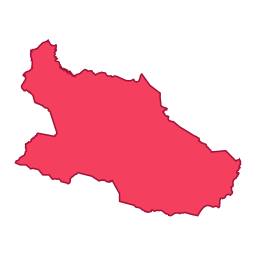 Yoro, Yoro, Honduras
{"feature_id": "27666195B27527118551469", "entity_name": "Yoro", "entity_type": "district", "adm_level": 2, "iso_a3": "HND", "parent_name": "Honduras", "parent_adm1": "Yoro", "projection": "orthographic", "projection_center": [-87.286, 15.28], "detail": "fine", "context": "isolated", "style": "filled", "palette": "rose", "viewbox_px": 256, "rotation_deg": 0, "n_neighbors": 0, "source": "geoboundaries", "source_scale": "gbopen_adm2", "svg_char_len": 5623}
<svg xmlns="http://www.w3.org/2000/svg" viewBox="0 0 256 256"><path d="M104.7,72.9L102.8,72.7L101.6,72.2L100.7,72.9L98.9,73.0L95.1,74.9L94.0,73.2L92.7,72.8L92.2,71.3L91.9,70.9L90.7,70.7L88.2,71.2L86.1,69.8L84.9,69.5L82.6,71.1L79.5,73.9L76.9,74.4L76.1,74.9L75.8,75.5L75.0,75.5L74.7,75.8L74.8,76.3L74.0,75.8L73.5,76.1L73.4,75.9L73.7,75.4L73.1,75.1L72.3,75.6L72.0,75.1L72.1,74.8L71.3,74.0L71.8,73.7L71.5,73.1L70.4,73.7L70.2,73.5L70.0,73.8L69.8,73.8L69.7,73.0L70.3,72.5L70.4,72.0L70.3,71.5L69.6,71.3L69.1,71.3L68.4,71.9L67.8,72.1L67.7,72.7L67.5,72.3L67.7,71.6L67.6,71.2L66.9,71.8L66.2,71.6L66.6,70.9L67.5,70.6L67.4,70.2L66.3,70.0L66.0,69.5L65.4,69.2L65.0,69.7L65.2,70.2L64.5,70.1L64.0,70.4L63.8,69.9L64.0,68.8L63.4,68.9L63.0,68.4L62.6,68.7L62.4,69.3L61.8,69.1L61.2,68.2L61.5,67.4L61.2,66.8L60.8,67.0L60.5,67.9L59.9,67.7L60.0,66.7L60.2,66.4L60.1,65.9L60.3,65.0L59.5,64.2L59.1,62.3L58.3,61.6L56.5,61.4L55.2,60.6L55.1,60.3L55.6,60.1L55.8,59.6L57.3,58.7L56.9,58.2L55.7,57.7L55.8,56.8L54.7,56.8L54.4,56.3L54.4,55.7L55.1,54.4L55.1,53.4L54.4,52.2L56.1,50.9L56.0,50.5L55.2,49.8L56.1,49.8L56.3,49.5L55.5,48.2L56.1,47.6L56.3,45.2L55.8,44.9L54.1,45.9L52.3,45.3L51.8,45.4L50.5,44.4L49.4,42.4L48.8,41.6L48.5,40.8L48.0,40.6L48.0,40.3L47.4,40.7L47.5,41.2L47.4,41.5L46.0,41.5L44.5,42.3L43.3,42.4L42.7,43.2L42.0,43.3L41.2,44.4L40.3,45.0L39.8,45.7L39.0,46.3L38.8,47.2L37.9,47.7L37.3,48.7L36.1,48.6L35.5,49.1L34.9,49.4L33.1,49.7L32.3,49.6L31.9,50.1L30.7,50.4L30.7,51.1L31.6,51.6L31.8,52.0L31.6,52.7L31.1,52.6L30.7,52.9L30.6,54.0L30.8,54.5L30.7,55.8L31.0,57.2L31.6,57.8L31.4,58.6L31.8,59.7L31.4,60.2L32.1,60.5L31.9,60.9L32.3,62.0L32.2,63.6L32.5,64.4L32.1,64.9L32.0,65.9L32.3,66.6L31.7,67.5L32.2,67.9L32.3,68.4L28.3,71.5L27.4,71.4L26.6,71.8L26.3,72.2L25.6,72.3L25.0,72.9L24.6,73.8L24.2,73.6L23.7,74.3L24.1,74.6L23.2,75.3L23.8,75.9L25.0,75.5L24.9,76.8L25.9,78.1L25.9,78.5L25.3,79.4L25.1,80.6L24.0,81.5L24.0,82.2L22.0,85.0L21.5,86.4L21.7,87.7L22.7,89.1L23.7,89.9L24.0,90.7L25.2,90.8L26.5,89.9L29.3,92.4L29.8,92.1L30.2,92.3L30.5,93.1L32.9,95.1L34.8,102.2L35.2,102.7L35.9,102.6L36.8,103.3L37.7,103.4L38.3,104.0L39.5,104.1L40.1,104.4L40.4,104.8L42.3,105.4L42.8,106.1L43.2,106.2L44.8,107.6L45.5,108.0L46.1,107.8L46.5,108.0L47.3,107.9L48.2,108.7L48.6,110.0L48.3,110.3L48.8,110.9L50.0,111.4L56.9,132.7L56.8,133.2L57.1,133.6L55.9,134.7L55.0,135.2L54.7,136.4L37.7,133.2L37.3,133.6L37.2,134.3L36.8,134.5L36.6,135.6L35.5,135.8L34.0,137.9L33.3,137.6L33.2,138.2L31.5,139.2L31.0,139.9L31.4,140.8L31.2,141.0L29.8,142.1L28.7,141.9L28.5,142.1L28.3,142.9L27.8,142.8L27.6,143.2L27.1,143.2L26.1,143.9L25.6,144.0L25.5,144.3L26.1,144.7L25.8,145.2L25.5,147.1L26.0,149.4L26.4,150.3L26.1,151.3L25.7,151.4L25.3,151.9L25.2,153.0L24.4,155.1L20.1,157.6L18.4,160.2L16.2,161.0L15.4,162.8L19.9,164.8L26.2,164.9L30.8,168.9L32.8,168.3L37.7,169.4L38.9,170.1L42.7,174.8L43.4,174.9L49.1,174.9L52.2,179.1L53.3,179.2L54.3,178.8L55.4,178.8L56.5,179.1L59.3,179.1L60.5,180.2L61.0,181.5L67.1,183.1L68.0,183.8L69.5,183.0L69.9,182.5L70.3,181.2L70.2,179.0L71.6,177.1L72.6,176.7L74.4,175.0L75.7,174.3L76.7,174.1L77.2,173.3L77.7,172.9L78.3,172.8L91.9,176.2L99.1,181.0L100.4,180.3L102.6,180.2L102.8,179.9L103.6,179.9L104.0,180.4L105.0,180.3L106.4,181.5L108.1,182.0L108.5,181.8L109.3,182.0L109.4,181.7L109.8,181.7L110.0,181.4L110.4,181.6L110.4,181.1L110.7,181.3L111.1,180.8L111.5,181.1L112.2,180.4L119.5,193.6L119.6,201.4L134.3,205.3L134.7,205.6L134.9,206.3L135.6,206.9L136.6,207.4L137.6,207.4L140.3,208.1L142.3,209.9L143.5,210.2L145.1,211.6L146.1,211.4L146.8,212.0L148.0,212.2L150.9,211.6L151.3,211.3L151.6,210.1L151.9,209.8L154.4,211.2L157.1,210.3L159.0,210.6L160.3,210.3L162.2,210.8L165.5,213.6L166.8,214.0L167.7,213.9L168.4,214.5L168.7,215.3L170.3,215.7L171.2,215.5L174.7,213.3L177.6,212.8L179.8,213.6L180.8,213.0L183.6,212.9L185.2,212.4L186.4,212.9L193.8,214.9L194.8,214.9L197.6,215.7L201.2,210.0L203.2,207.7L204.9,206.4L206.4,205.6L207.8,205.5L210.0,205.8L212.9,207.1L215.5,206.3L216.9,206.4L218.7,207.6L219.5,206.6L219.7,205.1L219.5,204.3L219.9,203.3L219.6,201.6L220.4,198.9L220.9,198.2L222.8,198.6L223.5,198.0L224.2,198.1L225.3,197.0L225.5,196.2L227.5,194.4L228.3,194.4L229.2,194.8L230.6,195.1L230.9,194.5L232.3,193.2L232.4,191.7L231.6,190.5L231.6,189.5L231.2,186.8L232.6,186.7L233.0,185.8L233.2,184.9L232.9,184.1L233.0,183.3L232.8,181.6L233.5,180.8L233.5,180.1L233.8,179.6L236.4,177.8L236.7,176.5L237.7,175.9L237.9,174.7L238.8,173.8L238.8,173.2L238.5,172.7L237.2,173.2L236.8,172.5L237.3,170.5L238.1,170.4L239.0,169.0L238.9,168.2L240.0,167.8L240.0,167.3L239.5,167.1L239.3,166.4L239.8,165.0L240.6,164.3L240.3,162.3L240.5,161.4L239.4,159.2L239.2,159.6L236.9,160.2L235.9,161.0L225.7,150.7L211.4,152.0L210.9,150.7L210.4,150.0L209.4,149.3L208.5,148.0L206.7,146.5L206.2,144.9L205.7,144.2L204.4,143.9L203.4,143.3L201.8,143.0L200.4,141.6L198.7,141.0L198.7,140.7L199.3,140.0L198.8,138.7L199.0,138.3L197.8,137.8L196.0,136.4L194.7,136.1L179.5,126.8L173.3,121.6L172.4,121.5L171.7,121.7L171.0,121.1L169.0,120.7L168.1,118.8L168.4,117.7L168.3,117.4L168.6,116.7L167.7,116.1L167.3,116.3L167.0,116.0L166.3,116.2L165.4,115.3L164.9,115.0L164.7,114.1L164.0,113.4L163.8,112.8L163.2,112.3L163.4,112.0L163.0,111.7L163.2,111.3L163.9,111.0L164.9,110.3L165.6,109.6L166.4,109.8L166.8,109.7L167.0,108.5L166.2,108.1L165.7,108.1L165.2,107.8L163.4,107.3L161.0,105.8L160.0,96.4L160.2,96.0L160.0,94.5L160.3,93.3L149.9,85.4L141.8,74.1L140.7,75.1L139.8,79.0L138.7,81.1L137.6,81.8L136.9,81.8L135.5,81.6L134.6,81.1L133.7,79.4L130.4,80.8L126.2,80.6L116.4,76.3L115.0,76.0L114.2,76.1L112.1,77.2L111.4,76.1L110.9,75.8L109.1,76.1L107.1,75.7L106.1,74.6L105.6,73.2L104.7,72.9Z" fill="#f43f5e" stroke="#9f1239" stroke-width="1.5"/></svg>